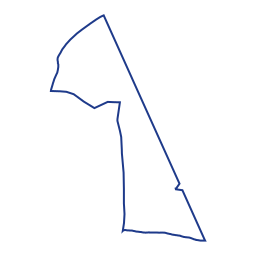 Shahin, Al Mahrah, Yemen (orthographic projection)
{"feature_id": "15242507B71328549079212", "entity_name": "Shahin", "entity_type": "district", "adm_level": 2, "iso_a3": "YEM", "parent_name": "Yemen", "parent_adm1": "Al Mahrah", "projection": "orthographic", "projection_center": [52.4, 17.895], "detail": "fine", "context": "isolated", "style": "outline", "palette": "blue", "viewbox_px": 256, "rotation_deg": 0, "n_neighbors": 0, "source": "geoboundaries", "source_scale": "gbopen_adm2", "svg_char_len": 4001}
<svg xmlns="http://www.w3.org/2000/svg" viewBox="0 0 256 256"><path d="M50.9,91.0L60.2,91.3L66.4,91.8L73.7,94.2L83.8,101.6L94.4,108.1L107.7,101.9L114.4,102.2L119.9,102.3L117.5,118.7L117.4,120.2L117.5,121.2L119.9,130.7L121.2,137.0L121.8,149.4L121.9,153.4L123.6,172.7L123.9,189.0L123.9,201.2L123.9,203.5L124.1,206.7L124.5,214.1L124.0,223.0L122.8,230.8L122.9,230.7L123.2,230.6L123.6,230.4L123.8,230.3L124.2,230.2L124.4,230.1L124.7,230.0L125.1,230.0L125.4,230.0L125.9,230.1L126.1,230.2L126.4,230.2L126.8,230.3L127.1,230.3L127.5,230.4L127.8,230.4L128.1,230.4L128.5,230.4L128.8,230.4L129.2,230.4L129.5,230.5L129.9,230.5L130.3,230.5L130.6,230.5L130.9,230.5L131.2,230.5L131.5,230.5L131.9,230.6L132.3,230.6L132.6,230.7L132.9,230.8L133.4,230.9L133.7,231.0L134.0,231.0L134.3,231.1L134.6,231.1L135.0,231.2L135.3,231.3L135.6,231.4L136.0,231.5L136.5,231.6L136.8,231.6L137.1,231.6L137.5,231.7L137.8,231.7L138.2,231.7L138.6,231.8L138.9,231.8L139.4,231.9L139.7,231.9L140.1,232.0L140.4,232.0L140.7,232.0L141.1,232.0L141.4,232.1L141.8,232.2L142.1,232.3L142.4,232.3L142.7,232.4L143.1,232.4L143.4,232.5L143.5,232.5L143.8,232.5L144.1,232.5L144.5,232.5L144.9,232.5L145.2,232.6L145.5,232.7L145.8,232.7L146.2,232.6L146.7,232.5L147.0,232.5L147.4,232.5L147.7,232.5L148.1,232.5L148.4,232.4L148.7,232.4L149.1,232.4L149.3,232.4L149.4,232.5L149.9,232.5L150.5,232.5L150.9,232.5L151.3,232.5L151.6,232.5L152.0,232.5L152.4,232.5L152.7,232.5L153.0,232.5L153.5,232.5L153.8,232.5L154.1,232.5L154.5,232.5L154.8,232.5L155.2,232.5L155.5,232.5L155.8,232.5L156.2,232.5L156.6,232.5L157.0,232.5L157.3,232.5L157.6,232.6L158.0,232.6L158.4,232.6L158.7,232.7L159.2,232.7L159.5,232.7L159.9,232.7L160.2,232.6L160.5,232.6L160.8,232.6L161.1,232.6L161.5,232.6L161.8,232.6L162.2,232.6L162.5,232.6L162.9,232.6L163.2,232.6L163.6,232.7L164.0,232.7L164.3,232.7L164.7,232.7L165.0,232.8L165.3,232.8L165.7,232.9L166.0,233.0L166.3,233.1L166.6,233.2L167.0,233.3L167.3,233.4L167.7,233.5L168.0,233.6L168.3,233.6L168.7,233.7L169.1,233.8L169.5,233.9L170.1,234.0L170.4,234.0L170.7,234.1L171.0,234.2L171.3,234.3L171.6,234.4L171.9,234.5L172.3,234.6L172.7,234.7L173.0,234.7L173.3,234.7L173.6,234.8L173.9,234.9L174.2,234.9L174.5,234.9L175.1,235.0L175.4,235.1L175.7,235.1L176.2,235.2L176.5,235.2L176.9,235.2L177.2,235.3L177.5,235.4L177.9,235.4L178.2,235.5L178.5,235.5L178.9,235.5L179.3,235.6L179.6,235.6L180.0,235.7L180.3,235.9L180.6,235.9L180.7,236.0L181.0,236.1L181.3,236.2L181.6,236.3L181.9,236.4L182.2,236.5L182.7,236.6L183.0,236.7L183.3,236.8L183.7,236.9L184.0,237.0L184.3,237.0L184.6,237.0L185.0,237.1L185.3,237.2L185.6,237.2L185.9,237.2L186.2,237.2L186.5,237.3L186.9,237.3L187.0,237.3L187.3,237.4L187.7,237.4L188.1,237.4L188.6,237.5L188.9,237.5L189.4,237.6L189.6,237.7L189.9,237.7L190.3,237.9L190.7,238.0L191.0,238.1L191.3,238.2L191.6,238.3L192.0,238.5L192.3,238.6L192.5,238.7L192.8,238.8L193.1,238.9L193.4,239.0L193.7,239.2L194.1,239.3L194.4,239.4L194.7,239.4L195.1,239.5L195.4,239.7L195.7,239.8L196.0,239.9L196.3,239.9L196.4,240.0L196.9,240.0L197.5,240.1L198.0,240.1L198.4,240.2L198.6,240.3L199.1,240.3L199.4,240.4L199.8,240.5L200.2,240.5L200.5,240.6L201.0,240.6L201.4,240.6L201.7,240.6L202.1,240.6L202.4,240.6L202.8,240.6L203.1,240.6L203.5,240.6L203.8,240.6L204.2,240.6L204.5,240.6L204.8,240.6L205.1,240.6L204.5,239.4L182.4,190.2L175.9,189.3L175.7,188.5L176.5,188.3L176.4,188.1L179.5,183.7L132.4,79.2L131.7,77.6L103.7,15.4L103.5,15.5L103.3,15.5L103.2,15.6L102.8,15.8L102.0,16.1L100.6,16.8L100.2,17.0L96.7,19.2L96.5,19.3L90.4,23.5L84.6,27.7L81.7,29.8L76.9,33.5L72.8,37.3L70.3,39.6L66.4,43.9L66.1,44.2L65.0,45.8L62.4,49.2L61.5,50.8L60.6,52.6L58.8,55.5L58.4,56.3L58.3,56.6L58.2,56.7L57.9,57.3L57.7,58.0L57.6,58.8L57.6,59.5L57.5,59.9L57.7,60.8L57.7,61.0L57.9,61.9L57.9,62.2L57.9,62.4L57.9,63.3L58.1,63.9L58.3,64.4L58.3,65.0L58.3,65.6L58.3,66.5L58.3,66.8L58.3,67.0L58.1,68.2L57.9,69.6L57.7,70.7L57.4,71.9L57.3,72.6L57.0,73.2L56.8,73.6L56.4,74.4L54.3,79.1L53.5,81.7L53.0,83.1L52.6,84.6L51.1,89.6L51.0,90.1L50.9,91.0Z" fill="none" stroke="#1e3a8a" stroke-width="2"/></svg>